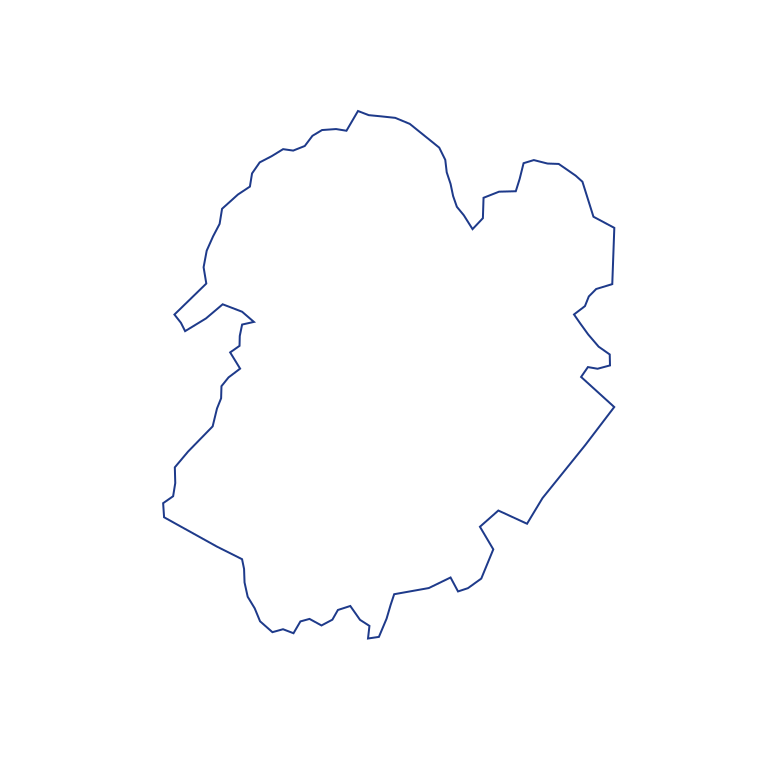 São João do Oeste, Santa Catarina, Brazil (orthographic projection), rotated 204°
{"feature_id": "56859067B45941896173238", "entity_name": "São João do Oeste", "entity_type": "district", "adm_level": 2, "iso_a3": "BRA", "parent_name": "Brazil", "parent_adm1": "Santa Catarina", "projection": "orthographic", "projection_center": [-53.586, -27.087], "detail": "fine", "context": "isolated", "style": "outline", "palette": "blue", "viewbox_px": 768, "rotation_deg": 204, "n_neighbors": 0, "source": "geoboundaries", "source_scale": "gbopen_adm2", "svg_char_len": 1570}
<svg xmlns="http://www.w3.org/2000/svg" viewBox="0 0 768 768"><g transform="rotate(204 384 384)"><path d="M400.7,116.8L385.0,111.9L376.5,118.9L365.3,119.5L363.8,133.1L356.5,139.1L342.9,138.0L335.3,147.7L334.2,158.8L324.5,167.5L310.0,158.8L298.9,157.1L295.1,145.0L285.8,150.9L286.2,170.7L288.1,184.9L289.2,196.1L260.1,215.8L244.5,234.3L232.0,224.6L224.3,231.6L216.0,245.8L216.9,277.4L238.3,292.6L228.1,314.9L196.5,314.5L192.8,344.2L175.3,410.1L164.3,456.6L206.8,470.6L204.6,482.4L195.1,484.8L185.1,492.9L189.8,502.8L203.1,505.4L217.6,512.3L229.3,519.1L238.7,524.8L232.1,536.9L232.5,547.3L228.8,557.1L216.1,568.1L237.1,620.3L260.7,622.0L285.0,649.5L293.7,652.3L313.9,656.1L324.3,651.9L338.2,649.5L346.3,642.5L343.5,626.6L342.0,613.7L357.1,606.5L368.8,594.6L361.1,575.7L366.1,561.5L379.7,570.6L389.5,575.5L397.3,583.8L404.6,593.9L412.8,602.9L419.2,613.7L429.7,622.4L466.2,632.1L482.0,631.7L495.6,627.3L507.3,623.4L518.8,622.8L521.3,600.1L531.5,597.4L543.9,590.8L550.3,581.7L553.2,569.2L561.9,560.3L571.7,557.5L579.4,546.3L587.7,535.9L590.2,522.7L586.8,509.8L594.5,497.7L603.2,478.2L599.3,463.4L600.2,449.4L600.2,433.7L596.3,417.3L587.2,403.5L603.7,362.2L594.4,357.3L587.2,351.4L573.3,371.5L563.8,391.2L543.0,392.3L528.1,387.8L537.8,380.6L535.3,369.2L531.5,360.1L537.4,350.3L521.7,339.5L528.7,326.8L531.6,315.9L527.0,304.7L526.6,293.7L523.3,275.6L529.7,258.3L535.5,242.6L541.2,222.8L534.4,208.6L531.0,195.7L537.3,185.3L530.7,172.8L470.6,167.5L442.4,166.2L436.6,158.1L430.7,146.0L422.0,134.2L410.9,126.5L400.7,116.8Z" fill="none" stroke="#1e3a8a" stroke-width="2"/></g></svg>